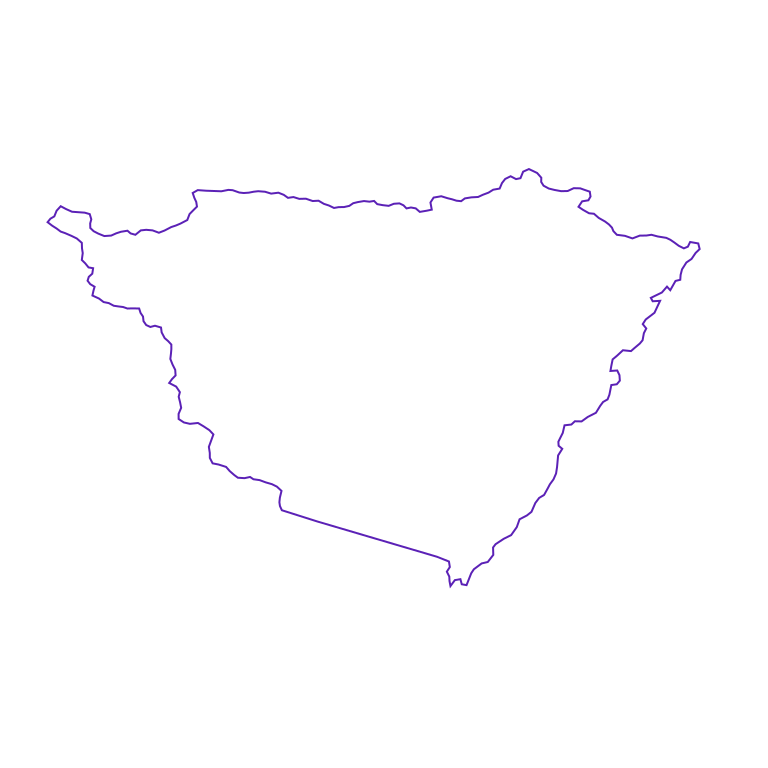 the district of Urandi, Bahia, Brazil, rotated 266°
{"feature_id": "56859067B88876690482253", "entity_name": "Urandi", "entity_type": "district", "adm_level": 2, "iso_a3": "BRA", "parent_name": "Brazil", "parent_adm1": "Bahia", "projection": "natural_earth1", "projection_center": [-42.654, -14.73], "detail": "fine", "context": "isolated", "style": "outline", "palette": "violet", "viewbox_px": 768, "rotation_deg": 266, "n_neighbors": 0, "source": "geoboundaries", "source_scale": "gbopen_adm2", "svg_char_len": 3838}
<svg xmlns="http://www.w3.org/2000/svg" viewBox="0 0 768 768"><g transform="rotate(266 384 384)"><path d="M582.4,524.8L580.1,519.2L576.2,515.7L570.9,513.0L570.2,506.5L567.6,501.6L565.9,495.9L564.0,490.9L564.1,484.1L563.5,477.6L561.0,473.7L561.8,469.1L563.5,464.8L564.9,460.4L567.3,454.2L566.5,446.5L561.8,443.0L554.6,443.8L553.9,438.8L553.2,431.7L557.0,427.9L558.2,423.2L557.6,418.7L560.9,415.9L563.1,412.0L563.1,406.4L561.4,401.1L562.5,395.2L563.9,389.8L567.3,386.9L566.9,382.2L567.9,376.8L567.3,370.6L566.5,365.9L564.1,361.8L563.3,356.4L563.6,351.2L563.1,346.4L565.9,341.5L567.9,336.6L571.4,331.5L571.5,325.6L574.3,319.0L574.6,312.4L576.8,306.7L576.4,301.2L579.7,297.2L582.2,292.0L581.8,284.7L584.1,278.7L585.1,271.9L584.9,267.4L584.3,262.5L584.3,257.4L585.1,253.0L587.9,246.5L588.5,242.3L587.6,235.2L588.4,227.8L589.2,220.2L590.4,211.7L587.9,206.5L582.9,207.8L578.7,209.4L574.0,209.8L571.0,206.3L567.1,201.9L561.3,199.2L558.2,192.1L556.6,187.4L555.4,182.7L552.4,175.8L550.6,170.0L553.4,163.8L554.4,157.5L554.2,152.1L550.2,146.4L551.9,141.7L554.8,138.8L554.2,132.2L553.0,127.4L551.1,122.2L551.1,115.3L554.0,109.4L556.7,105.0L560.1,101.9L564.7,102.1L568.7,103.5L574.0,102.3L575.8,97.4L577.6,84.8L580.7,79.0L583.9,73.9L579.7,69.5L574.2,66.8L572.2,62.8L568.9,59.7L565.1,64.0L561.9,68.3L558.6,72.1L556.8,76.3L553.6,82.5L550.6,87.7L545.9,92.4L540.4,92.2L535.6,92.6L528.8,91.2L525.3,94.3L520.9,97.4L519.8,101.9L514.4,100.7L511.5,97.0L507.7,95.5L504.1,97.9L501.2,102.1L497.4,100.7L492.6,99.3L489.1,105.7L485.3,110.0L483.9,115.1L480.9,119.9L479.9,124.5L479.0,129.1L477.2,133.3L477.0,138.3L476.4,145.0L471.9,146.1L468.1,148.3L463.4,148.5L459.4,150.9L457.2,154.9L458.1,159.6L455.9,165.5L451.0,165.8L445.1,168.4L441.8,171.7L438.2,174.6L433.6,174.3L429.2,173.6L423.9,172.6L418.2,174.4L412.7,176.7L407.1,176.7L403.7,172.9L400.0,169.8L395.9,176.5L390.1,179.8L385.6,178.3L380.0,179.3L374.4,180.0L368.5,177.0L363.4,176.7L359.6,181.7L357.8,187.6L358.1,195.7L354.4,201.0L350.1,206.6L345.6,210.3L340.0,207.8L333.5,204.9L327.4,205.4L322.4,205.1L316.8,207.5L315.2,213.4L312.3,220.7L307.8,224.1L303.6,228.3L300.7,231.7L299.8,238.3L300.6,243.9L298.1,247.1L296.8,253.2L294.1,259.2L291.9,265.2L289.1,270.0L284.5,274.3L277.9,272.2L273.3,271.4L269.5,271.7L265.2,273.3L251.5,307.9L208.0,424.7L202.4,436.4L196.8,436.9L192.4,433.6L187.3,435.7L182.8,435.6L177.8,436.2L183.4,441.0L184.0,446.6L178.8,447.6L177.6,452.3L189.1,457.8L192.9,460.7L198.2,468.9L199.2,475.1L205.9,481.1L213.3,481.4L216.4,484.1L221.2,492.6L224.4,500.3L232.0,506.5L239.6,509.8L242.9,517.4L246.2,522.2L254.8,526.7L259.6,530.9L262.2,536.0L268.7,540.2L272.4,542.5L277.0,546.4L282.7,549.4L288.9,550.8L300.6,552.7L306.9,557.3L310.2,553.9L314.2,553.9L318.0,556.1L322.7,558.9L330.2,561.2L330.5,568.1L333.5,571.8L332.9,578.5L337.0,585.1L340.5,593.4L347.2,598.2L350.8,601.3L353.1,606.0L357.6,608.1L367.1,610.7L367.5,616.2L370.9,619.5L376.4,619.5L381.2,617.6L381.2,610.8L386.1,612.0L392.6,613.8L396.0,618.5L401.0,624.7L399.6,632.7L402.5,636.5L406.5,642.0L409.6,645.0L416.6,646.8L421.1,649.5L425.7,646.3L430.1,649.6L436.2,658.8L447.7,665.2L447.8,657.8L451.3,656.2L453.6,661.9L455.9,667.6L461.4,673.1L457.6,676.1L466.5,682.0L467.3,686.8L472.2,687.5L477.6,689.3L484.1,694.1L487.3,699.5L493.0,704.0L496.6,708.3L502.3,707.3L504.3,699.3L499.8,696.7L498.4,692.6L501.3,687.7L504.9,683.5L507.9,679.7L510.1,675.8L512.1,667.3L514.2,661.2L513.8,655.9L514.2,649.6L511.9,642.0L515.0,634.7L516.6,626.7L520.5,623.5L524.1,622.3L527.5,619.5L530.7,615.8L534.7,609.8L539.2,605.3L540.0,600.5L543.9,594.6L547.2,590.4L552.4,594.4L553.0,600.7L556.6,603.1L561.5,602.7L563.7,597.5L565.5,593.4L566.1,586.9L563.7,580.7L564.0,574.2L565.7,567.6L567.5,562.0L570.7,557.0L574.6,554.9L578.8,555.3L583.8,551.5L586.1,547.5L588.3,543.5L586.1,537.6L579.8,534.5L579.2,530.0L582.4,524.8Z" fill="none" stroke="#5b21b6" stroke-width="2"/></g></svg>